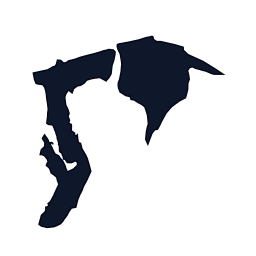 Brass, Bayelsa, Nigeria, rotated 172°
{"feature_id": "59680162B87797979497124", "entity_name": "Brass", "entity_type": "district", "adm_level": 2, "iso_a3": "NGA", "parent_name": "Nigeria", "parent_adm1": "Bayelsa", "projection": "equal_earth", "projection_center": [6.404, 4.514], "detail": "fine", "context": "isolated", "style": "filled", "palette": "ink", "viewbox_px": 256, "rotation_deg": 172, "n_neighbors": 0, "source": "geoboundaries", "source_scale": "gbopen_adm2", "svg_char_len": 5222}
<svg xmlns="http://www.w3.org/2000/svg" viewBox="0 0 256 256"><g transform="rotate(172 128 128)"><path d="M211.6,132.8L213.1,131.0L214.2,129.5L212.3,125.3L213.0,121.2L215.1,119.8L216.9,118.4L218.6,113.9L216.9,113.7L214.6,112.3L212.4,108.7L211.7,105.7L213.1,104.2L214.0,102.3L212.7,100.9L211.1,98.7L210.3,94.2L207.9,92.0L205.4,89.3L205.1,85.6L204.2,81.9L208.6,75.2L211.0,71.3L213.4,68.0L215.2,65.7L217.6,64.3L217.1,62.4L218.9,61.0L220.4,61.0L220.5,59.9L220.7,58.3L222.0,56.2L223.9,55.0L225.8,53.6L227.6,49.4L229.5,45.0L227.1,42.8L224.6,41.9L222.0,40.8L217.9,40.7L215.0,40.6L210.9,41.7L208.8,42.4L208.2,42.6L205.7,44.7L203.8,46.9L200.7,49.9L200.4,50.4L198.2,53.4L195.3,56.6L190.7,56.9L187.9,63.9L184.9,69.0L182.7,72.0L182.3,72.6L180.3,76.4L176.1,82.1L172.7,87.5L170.9,90.3L171.7,97.0L172.6,103.1L172.9,104.3L173.3,105.7L173.5,106.5L176.6,114.0L176.7,115.4L177.1,118.6L177.2,119.4L178.0,119.8L179.3,120.6L179.6,120.8L179.6,121.0L179.3,121.4L179.1,121.9L179.4,122.5L179.2,128.2L180.9,127.0L182.0,129.2L181.6,130.3L182.3,131.0L184.6,133.1L183.7,138.3L183.8,139.5L185.2,140.3L186.1,141.1L184.9,143.7L185.8,148.0L184.4,150.5L184.8,153.9L186.5,159.5L186.4,167.3L184.9,170.4L181.7,174.0L178.5,170.6L176.5,174.5L172.3,176.8L169.0,176.9L165.0,178.7L162.3,181.2L157.9,181.9L154.1,182.1L148.9,182.0L146.9,180.6L146.2,180.0L143.1,177.7L142.3,178.6L140.1,180.3L137.3,183.9L135.2,192.1L133.3,195.9L132.6,197.5L132.4,197.8L132.3,198.3L132.2,198.5L132.1,198.9L130.8,202.5L130.2,205.1L131.7,207.3L133.0,207.6L134.5,208.0L135.9,208.4L137.9,208.1L138.4,207.9L140.9,207.9L145.7,207.0L146.5,206.9L150.4,206.3L158.3,205.5L165.9,204.5L170.9,203.4L177.6,202.7L179.2,201.7L182.6,201.0L185.3,204.3L188.4,205.0L190.0,201.0L191.6,199.2L193.7,199.0L199.3,196.7L214.1,195.6L213.8,190.3L213.8,189.1L212.8,185.0L210.5,184.0L206.4,182.9L205.6,181.4L204.8,180.0L204.4,177.4L204.2,176.0L204.1,171.5L204.2,170.7L204.3,167.4L204.2,164.6L204.2,162.4L204.3,157.6L205.4,153.8L206.1,150.0L207.1,146.4L207.7,144.0L207.4,143.8L207.1,143.5L206.6,142.9L206.1,142.5L205.9,142.5L205.1,142.4L204.6,142.3L204.3,142.2L203.9,142.1L203.7,142.0L203.3,141.9L203.0,141.8L202.7,141.7L202.4,141.5L202.2,141.4L202.1,141.2L202.0,140.9L201.8,140.7L201.7,140.4L201.6,140.1L201.5,139.9L201.4,139.5L201.3,139.1L201.3,138.8L201.2,138.7L201.1,138.4L201.0,138.0L201.0,137.6L200.9,137.0L200.8,136.5L200.7,136.2L200.7,135.8L200.6,135.7L200.5,135.3L200.4,135.2L200.3,134.8L200.2,134.5L200.2,134.3L200.1,133.7L200.0,133.3L200.0,132.6L199.9,132.1L199.9,131.9L199.8,131.6L199.7,131.4L199.6,131.1L199.6,130.7L199.5,130.3L199.5,130.2L199.4,129.8L199.4,128.7L199.4,128.4L199.5,128.0L199.5,127.4L199.4,127.0L199.3,126.6L199.2,126.1L199.1,125.7L199.0,125.4L199.0,124.9L198.9,124.5L198.8,124.2L198.7,123.6L198.7,123.4L198.7,122.5L198.8,122.3L198.9,122.1L199.0,121.8L199.0,121.4L198.9,121.3L198.8,121.2L198.6,121.1L198.6,119.8L198.5,119.3L198.5,118.3L198.5,118.0L198.5,117.8L198.5,117.6L198.6,117.4L198.7,117.0L198.7,116.3L198.8,115.6L198.9,115.3L198.9,114.9L198.8,114.6L198.7,114.4L198.7,114.2L198.5,113.8L198.4,113.6L198.2,113.4L197.9,113.2L197.7,113.1L197.5,112.9L197.3,112.8L197.3,112.6L197.1,112.5L197.1,112.3L197.0,112.1L196.9,111.9L196.8,111.5L196.8,111.0L196.7,110.6L196.7,110.4L196.6,110.1L196.5,109.8L196.5,109.7L196.4,109.6L196.3,109.4L196.2,109.3L196.2,109.2L196.0,108.9L196.0,108.7L196.1,107.9L196.1,106.9L196.0,106.6L195.9,106.4L195.9,106.2L194.8,106.0L194.7,105.9L194.5,105.7L194.4,105.6L194.2,105.3L194.1,105.2L194.0,104.8L194.0,104.4L193.9,104.2L193.7,104.0L193.7,103.9L193.4,103.6L193.1,103.4L193.1,103.2L192.9,102.8L192.9,102.7L193.0,102.5L192.8,102.3L189.1,101.6L186.7,102.2L185.0,102.9L182.8,101.3L183.2,98.1L187.7,94.9L194.1,92.9L195.4,97.1L195.4,98.4L195.8,100.0L197.3,104.4L197.9,105.7L199.1,106.8L200.4,109.8L201.7,111.0L202.7,111.5L203.2,111.1L204.6,114.1L205.7,117.5L206.1,119.4L206.6,120.4L207.1,121.9L207.0,123.6L206.9,123.8L206.8,124.0L205.9,124.0L205.8,123.9L205.6,123.8L205.4,123.7L205.2,123.5L205.2,123.3L205.1,123.2L204.9,123.0L204.8,122.9L204.7,122.9L204.7,123.1L204.9,123.3L205.0,123.8L205.3,124.0L205.5,124.1L205.8,124.3L206.9,124.2L207.0,124.0L207.1,123.9L207.2,123.7L207.2,123.2L207.2,122.3L207.6,123.4L208.5,125.3L208.8,126.9L209.3,128.3L211.6,132.8ZM26.5,168.1L33.4,174.2L44.3,183.3L58.6,192.4L62.4,197.3L62.2,200.3L67.3,202.6L70.6,204.1L83.6,209.0L87.5,209.5L90.5,212.1L90.6,213.4L90.6,214.6L91.5,215.4L93.6,215.1L97.1,215.0L99.6,214.6L104.5,213.7L114.7,212.9L118.8,212.7L124.7,212.5L126.8,212.2L127.3,210.3L126.9,207.3L126.0,204.4L125.3,202.6L125.1,193.7L125.3,191.7L127.0,184.5L129.6,177.0L131.2,174.3L131.7,172.0L131.8,169.0L130.8,164.8L125.6,160.4L121.6,158.9L120.9,155.8L118.0,155.0L114.5,151.9L111.0,149.4L108.3,146.5L106.9,138.5L106.9,136.4L107.0,133.8L107.2,129.2L108.7,126.0L110.2,121.8L112.0,114.3L110.6,109.3L108.7,112.8L105.0,119.5L101.8,122.6L99.0,122.7L96.1,126.6L93.6,130.4L92.9,131.3L88.3,137.5L85.4,140.0L83.1,142.1L80.8,143.7L77.7,145.4L73.2,147.8L72.7,148.0L66.9,150.0L65.5,153.1L63.6,157.9L63.4,159.2L62.5,164.3L60.6,167.7L60.6,171.6L61.1,176.6L58.8,179.2L56.7,179.6L55.9,179.8L53.9,178.5L52.8,177.7L49.0,176.2L46.7,175.1L42.8,173.5L37.7,170.4L35.4,169.4L33.7,169.1L26.5,168.1Z" fill="#0f172a" stroke="#020617" stroke-width="1.5"/></g></svg>